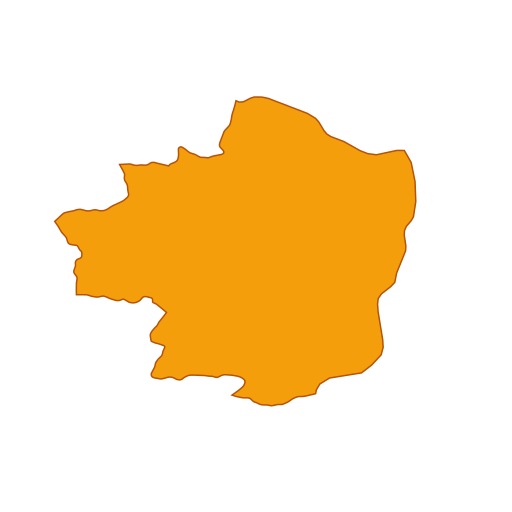 an SVG outline of Pirotski, rotated 336°
{"feature_id": "SRB-121", "entity_name": "Pirotski", "entity_type": "District", "adm_level": 1, "iso_a3": "SRB", "parent_name": "Republic of Serbia", "parent_adm1": "", "projection": "albers", "projection_center": [22.387, 43.137], "detail": "fine", "context": "isolated", "style": "filled", "palette": "amber", "viewbox_px": 512, "rotation_deg": 336, "n_neighbors": 0, "source": "natural_earth", "source_scale": "10m", "svg_char_len": 4626}
<svg xmlns="http://www.w3.org/2000/svg" viewBox="0 0 512 512"><g transform="rotate(336 256 256)"><path d="M300.9,106.0L303.3,108.6L307.2,110.0L315.0,109.6L319.0,110.0L325.8,113.1L327.9,114.5L331.4,117.1L361.0,146.7L366.3,154.3L367.8,158.8L369.1,169.1L370.4,173.6L373.0,177.4L383.0,187.4L394.0,202.2L399.8,208.0L407.2,212.5L427.5,216.8L434.4,219.9L435.1,226.5L435.8,233.7L431.6,252.6L424.1,271.3L415.8,284.2L412.4,286.7L405.4,290.1L401.9,293.3L399.9,297.3L397.0,307.7L394.8,312.1L377.6,328.7L372.1,336.5L366.6,338.8L355.2,341.6L350.4,344.5L347.5,349.3L344.9,356.5L337.7,384.0L335.3,390.4L335.0,391.2L330.1,397.2L317.5,402.6L304.9,405.7L273.6,397.4L262.3,398.9L256.7,402.8L254.5,406.0L254.2,406.0L247.4,404.7L245.5,404.4L242.4,403.6L240.9,403.1L237.6,401.7L236.0,401.4L234.4,401.3L231.1,401.4L226.3,402.3L224.7,402.4L221.6,402.4L220.0,402.3L218.6,401.9L215.3,400.5L214.1,400.2L210.2,399.4L209.3,399.1L208.4,398.6L206.2,397.0L205.3,396.5L202.5,395.2L200.2,393.9L198.6,392.4L197.0,390.4L194.9,388.5L194.3,387.5L192.9,384.2L192.2,383.3L191.6,382.8L190.1,381.9L187.5,380.8L186.2,380.1L185.1,379.4L180.7,376.2L177.5,373.3L184.9,371.8L189.6,370.5L191.6,369.7L192.7,368.9L193.7,368.0L194.5,367.0L195.0,365.9L195.1,364.9L194.7,363.8L194.2,362.6L193.5,361.6L192.4,360.2L190.3,358.3L185.8,355.3L184.6,354.6L179.5,351.9L178.4,351.5L177.2,351.2L175.9,351.1L172.6,351.2L171.9,351.2L170.7,350.9L169.6,350.2L167.4,348.3L163.8,346.4L160.6,344.4L152.4,340.3L148.5,338.5L146.8,337.9L145.2,337.6L143.6,337.6L142.0,337.7L140.4,337.9L138.0,338.5L136.8,338.4L135.7,338.0L134.6,337.4L133.1,336.2L131.2,333.8L130.3,332.9L129.1,332.1L127.5,331.3L126.0,330.9L121.0,330.2L119.0,329.6L117.9,328.9L114.6,326.7L113.4,325.8L112.5,324.9L111.9,323.8L111.8,322.7L112.1,321.7L112.6,320.7L118.3,316.2L119.1,315.2L120.1,313.7L120.9,312.8L121.6,312.2L124.4,310.6L125.5,310.1L128.7,309.0L129.4,308.6L130.3,307.8L132.2,305.3L135.1,302.7L135.6,302.1L135.8,301.6L135.7,301.2L135.3,300.3L131.1,296.4L128.4,294.3L125.8,291.5L125.7,290.5L126.9,286.1L127.3,285.1L127.9,284.3L128.6,283.6L131.0,282.0L133.8,280.7L137.0,279.5L138.2,278.7L140.3,277.0L147.1,273.5L151.3,271.1L145.6,259.7L144.8,258.7L143.4,257.1L142.9,256.3L142.9,255.9L143.8,253.6L143.8,252.6L143.4,251.8L142.8,251.3L140.2,249.2L139.1,248.4L138.0,247.9L136.8,247.6L136.2,247.6L134.9,248.0L132.3,249.2L130.7,249.6L129.1,249.7L127.4,249.6L125.9,249.3L124.2,248.6L122.5,247.6L121.4,246.7L120.5,245.6L118.2,242.3L117.5,241.6L116.8,241.3L116.0,241.2L114.5,241.2L113.3,241.1L112.4,240.9L111.5,240.5L110.4,239.9L108.3,238.2L105.4,235.6L102.5,232.4L101.1,231.1L100.3,230.6L99.4,230.2L95.7,229.4L94.4,229.0L93.3,228.5L89.5,226.0L85.9,222.8L85.0,222.3L76.2,218.3L78.5,212.9L81.1,207.4L83.3,204.0L83.7,202.9L83.8,201.8L82.9,197.7L83.0,196.6L83.4,195.7L84.1,194.8L86.2,192.6L86.9,191.8L87.4,190.9L88.1,188.9L88.5,188.3L89.3,187.4L90.7,186.6L91.8,186.4L94.5,186.5L95.2,186.4L95.9,186.1L96.7,185.4L97.2,184.5L98.1,182.4L98.3,181.4L98.3,180.9L97.5,178.8L97.4,178.1L97.2,175.4L97.1,174.6L96.9,173.9L96.1,173.1L93.1,171.3L91.5,170.2L90.6,169.3L89.9,168.3L89.7,167.2L89.7,166.1L90.1,163.2L90.1,162.0L89.9,160.8L88.4,156.3L88.0,154.8L87.3,148.1L86.2,142.5L91.3,140.8L95.8,139.2L97.6,138.7L98.8,138.7L99.6,138.8L103.0,139.4L107.3,140.4L111.3,140.9L112.6,141.2L114.5,141.9L115.6,142.7L119.3,145.6L120.5,146.3L122.4,147.1L126.2,147.8L128.0,148.4L129.1,149.1L131.5,151.0L132.3,151.4L134.8,152.4L136.1,152.7L137.3,152.8L140.0,152.7L143.0,152.1L146.2,151.8L154.6,151.7L156.3,151.6L157.9,151.4L162.0,150.2L162.9,149.8L163.7,149.2L164.4,148.5L164.8,147.6L165.6,144.0L167.1,139.6L167.3,138.4L167.3,137.2L166.9,134.3L166.9,133.2L167.1,132.0L167.6,130.8L168.9,128.6L169.2,127.8L169.3,126.9L169.2,123.8L168.6,116.9L177.9,120.5L178.8,121.0L181.0,122.9L182.5,124.0L184.3,124.9L187.9,126.0L192.0,128.1L193.9,128.5L195.0,128.5L197.5,128.1L198.6,128.1L200.3,128.7L201.1,129.1L203.3,130.9L212.9,138.2L213.4,137.9L214.4,137.4L215.7,137.2L219.6,137.3L221.0,137.2L221.9,137.0L222.8,136.7L223.8,135.9L225.0,134.5L226.5,131.9L228.5,126.9L229.1,126.1L229.7,125.8L230.3,125.6L231.4,125.6L232.0,125.9L232.6,126.4L233.7,127.9L234.7,129.4L236.6,133.2L237.7,134.9L241.9,138.7L244.2,141.9L245.7,143.4L249.1,145.0L251.8,146.6L252.6,146.9L256.9,147.2L258.1,147.4L265.4,149.1L266.6,149.2L267.4,149.1L268.1,148.9L268.8,148.2L269.0,147.6L269.0,146.8L268.8,145.7L267.6,142.3L267.4,141.5L267.5,140.4L268.1,139.1L269.0,137.9L271.3,135.5L277.4,129.4L279.1,128.4L284.0,126.3L284.9,125.8L285.9,125.0L286.8,124.0L289.0,121.1L290.8,118.3L292.6,115.9L294.6,113.8L297.6,110.2L298.0,109.8L300.9,106.0L300.9,106.0Z" fill="#f59e0b" stroke="#b45309" stroke-width="1.5"/></g></svg>